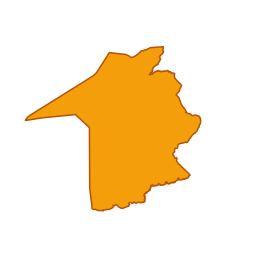 the district of Chilubi, Northern, Zambia, rotated 46°
{"feature_id": "96606910B6838055437947", "entity_name": "Chilubi", "entity_type": "district", "adm_level": 2, "iso_a3": "ZMB", "parent_name": "Zambia", "parent_adm1": "Northern", "projection": "natural_earth1", "projection_center": [30.483, -11.09], "detail": "fine", "context": "isolated", "style": "filled", "palette": "amber", "viewbox_px": 256, "rotation_deg": 46, "n_neighbors": 0, "source": "geoboundaries", "source_scale": "gbopen_adm2", "svg_char_len": 5684}
<svg xmlns="http://www.w3.org/2000/svg" viewBox="0 0 256 256"><g transform="rotate(46 128 128)"><path d="M51.2,196.3L51.6,196.2L61.2,182.5L81.8,156.5L100.9,155.5L144.2,196.9L159.5,208.5L160.5,209.5L161.2,209.8L161.7,209.8L163.2,208.9L163.5,208.4L164.1,207.8L165.4,207.4L166.9,206.5L168.2,205.2L169.2,204.4L169.5,203.9L170.3,203.5L170.3,203.3L170.0,202.8L170.0,202.5L170.7,201.8L171.5,200.5L173.3,198.2L173.8,197.1L174.8,194.1L174.3,193.8L173.5,192.5L174.2,192.4L174.4,192.1L174.6,191.7L174.5,191.0L174.9,190.0L176.0,189.6L178.4,189.5L180.3,188.9L180.8,188.7L181.9,187.8L182.5,187.2L182.8,185.7L183.7,184.0L184.0,182.8L184.7,181.9L184.2,181.1L184.2,180.0L183.0,180.0L182.8,179.8L182.8,179.1L183.3,178.0L183.6,177.5L183.9,177.4L185.0,177.4L185.4,177.2L185.5,176.8L185.4,175.8L185.5,174.9L186.9,174.8L187.8,174.5L188.0,173.9L188.1,173.1L188.4,172.4L189.7,171.5L189.9,170.9L190.6,170.8L191.3,169.6L192.5,168.3L192.4,168.0L192.1,168.0L192.0,167.7L192.1,167.4L192.5,167.1L192.3,166.5L191.5,166.1L191.3,165.6L191.1,165.6L190.9,165.7L190.9,165.3L190.7,164.9L190.7,164.5L190.2,164.2L190.0,164.3L189.6,164.2L189.4,163.8L188.9,163.6L188.9,163.4L188.4,163.7L188.2,163.3L187.7,163.2L187.7,162.9L187.2,162.9L187.4,162.2L187.2,162.2L186.9,161.8L187.1,161.2L186.8,160.3L186.9,159.9L187.3,160.1L187.8,159.3L187.5,158.8L187.4,158.1L187.5,157.8L187.9,157.3L187.6,156.6L188.0,155.8L187.4,155.7L187.5,154.7L186.8,154.5L186.9,154.2L186.8,153.9L186.9,153.4L186.6,152.7L186.1,152.4L186.0,151.9L185.7,151.9L185.3,151.3L185.7,151.2L185.8,151.3L185.9,151.0L186.1,151.1L186.1,150.9L186.2,151.0L186.5,150.7L186.4,150.4L186.6,150.5L186.7,150.0L187.3,150.1L187.7,149.8L187.6,149.3L187.8,149.2L188.3,148.9L188.5,148.4L188.4,148.3L188.5,148.0L188.7,147.7L188.9,147.6L188.9,147.8L189.4,147.7L189.5,146.5L189.8,146.1L189.7,145.7L190.0,145.6L189.9,145.1L189.7,144.9L190.0,144.9L190.2,144.3L190.5,144.1L191.0,144.5L191.4,144.3L191.8,144.4L191.9,144.2L191.9,143.9L192.1,143.7L192.2,143.8L192.4,143.7L192.5,143.4L192.6,143.1L192.9,142.8L192.8,142.6L193.0,142.4L193.3,142.5L193.6,142.1L193.8,141.7L193.9,140.9L194.1,140.5L193.8,140.0L194.0,140.0L194.1,139.7L194.4,139.7L194.3,138.9L194.0,138.8L193.7,138.9L193.3,138.6L193.3,137.8L193.8,137.8L194.1,137.6L194.9,137.8L195.4,137.7L195.5,137.8L195.7,138.0L196.0,138.1L196.5,137.6L196.5,137.1L196.9,136.9L196.8,136.5L197.2,136.2L197.1,135.8L197.4,135.4L197.1,135.0L197.1,134.6L197.5,134.5L197.7,134.0L198.2,134.1L198.6,133.8L198.5,133.5L198.7,133.2L199.0,133.2L199.0,132.3L199.3,131.9L199.6,131.9L199.6,131.4L199.3,130.9L199.5,130.3L199.3,129.6L199.6,129.3L199.6,129.0L199.8,128.4L200.1,128.0L199.8,127.8L199.7,127.6L199.2,127.5L198.9,127.2L199.5,126.5L199.8,126.9L200.3,127.1L200.8,127.0L201.2,126.6L201.5,126.6L202.1,125.8L202.7,125.3L202.9,124.5L203.4,123.8L203.5,123.5L203.3,123.4L203.2,123.1L203.4,123.0L203.7,123.2L204.3,122.8L204.4,122.5L204.4,121.9L204.5,121.3L204.8,121.0L204.7,120.8L204.7,120.5L205.3,120.2L205.5,119.1L205.0,117.9L205.0,116.2L204.3,116.0L188.1,116.5L185.3,115.8L184.8,115.4L184.2,114.2L183.7,113.8L183.2,113.8L182.9,114.0L182.5,115.0L182.3,115.1L181.7,115.1L180.1,114.4L179.0,114.4L177.9,113.9L177.6,113.3L177.4,110.9L175.7,109.3L175.4,108.8L175.5,108.2L176.3,107.4L176.4,107.0L176.6,106.7L176.7,106.4L175.8,105.0L175.0,104.0L174.8,103.6L175.0,103.0L174.9,102.4L175.5,101.0L177.4,98.3L177.6,97.3L178.0,96.5L178.3,96.3L179.1,95.9L179.4,95.2L179.4,94.0L178.9,92.3L178.4,91.3L178.6,90.5L178.4,89.6L178.0,88.7L178.0,87.8L177.7,85.6L177.8,84.6L178.3,83.5L178.1,82.4L178.2,81.2L177.8,79.5L177.4,79.1L177.4,78.9L177.0,78.5L176.8,77.9L176.8,76.6L176.1,75.4L175.3,74.5L175.2,74.2L175.4,73.8L174.9,72.5L173.3,70.7L171.9,69.6L170.2,68.9L169.1,68.7L168.2,69.0L165.9,70.2L163.6,73.2L161.4,73.4L160.6,73.7L159.7,74.5L158.7,75.0L157.1,75.6L157.1,74.8L153.8,74.0L151.1,73.7L149.9,73.7L146.5,72.7L145.2,71.9L143.7,71.3L142.2,70.5L140.8,70.3L137.7,70.4L137.4,69.2L137.1,65.3L135.9,63.6L135.5,61.9L134.8,60.2L133.5,59.7L131.8,59.7L130.5,59.9L128.1,59.9L126.4,59.8L124.3,59.5L122.5,58.4L121.2,56.7L120.2,57.0L118.8,58.8L118.5,58.4L118.1,58.7L117.8,58.5L117.3,58.6L117.2,58.5L116.8,58.5L116.2,59.0L116.2,59.6L115.9,59.9L115.6,59.9L115.3,59.5L114.9,59.6L114.8,59.4L114.1,59.6L113.9,60.4L113.6,60.8L113.4,61.2L112.9,61.7L112.6,61.7L112.2,62.2L112.3,62.4L112.1,62.5L112.1,63.0L111.8,63.0L111.5,63.3L111.0,64.4L110.7,64.5L110.6,65.0L110.3,65.2L110.0,65.1L109.4,65.3L109.0,66.0L108.7,66.0L108.6,66.3L108.0,66.6L107.8,66.5L107.7,66.8L107.4,66.8L107.3,67.5L107.1,67.6L107.1,67.9L106.8,68.3L106.8,68.6L106.4,68.9L106.3,69.5L106.6,70.0L106.2,70.8L105.8,72.3L105.9,72.6L106.1,72.8L106.0,73.5L105.4,73.8L105.3,74.4L105.0,74.7L105.1,75.0L104.8,75.2L104.7,75.4L104.5,75.5L104.2,74.7L104.3,74.1L103.9,73.3L104.0,72.8L104.3,72.5L104.2,71.1L103.7,70.3L102.9,70.1L102.9,69.6L102.4,69.0L102.2,68.3L102.3,68.1L102.1,67.5L102.2,65.4L102.1,65.1L102.4,64.6L102.4,64.3L102.7,63.7L102.7,63.3L103.0,62.8L103.0,62.2L102.8,61.9L102.5,61.7L102.4,61.2L102.2,60.9L102.3,60.7L101.9,59.7L101.9,58.7L100.8,56.8L100.9,56.6L100.5,56.3L100.3,56.4L100.0,56.3L99.5,56.4L99.0,56.3L98.7,56.0L98.7,55.7L98.4,55.1L98.4,54.6L98.6,54.3L98.3,53.6L98.4,52.9L98.5,52.6L98.3,51.9L98.4,51.5L98.3,50.7L98.1,50.6L98.1,50.1L97.7,49.9L97.8,49.5L97.5,49.3L97.2,49.0L96.5,48.9L95.8,48.4L95.6,47.8L95.0,47.0L94.1,46.2L85.8,56.0L85.0,58.5L84.9,59.0L84.5,59.8L84.5,60.5L84.3,61.0L83.3,61.9L82.8,63.5L82.1,64.5L81.7,65.2L81.7,66.2L81.9,66.7L81.7,67.6L81.9,68.0L81.8,68.3L81.8,69.0L81.6,69.5L81.5,71.9L81.2,72.8L80.9,74.2L80.4,75.3L80.0,75.6L79.6,76.5L78.6,77.1L76.8,77.2L73.3,78.7L60.8,89.1L66.1,111.0L66.4,113.6L66.4,116.4L51.0,188.7L50.7,190.7L50.5,193.5L51.2,196.3Z" fill="#f59e0b" stroke="#b45309" stroke-width="1.5"/></g></svg>